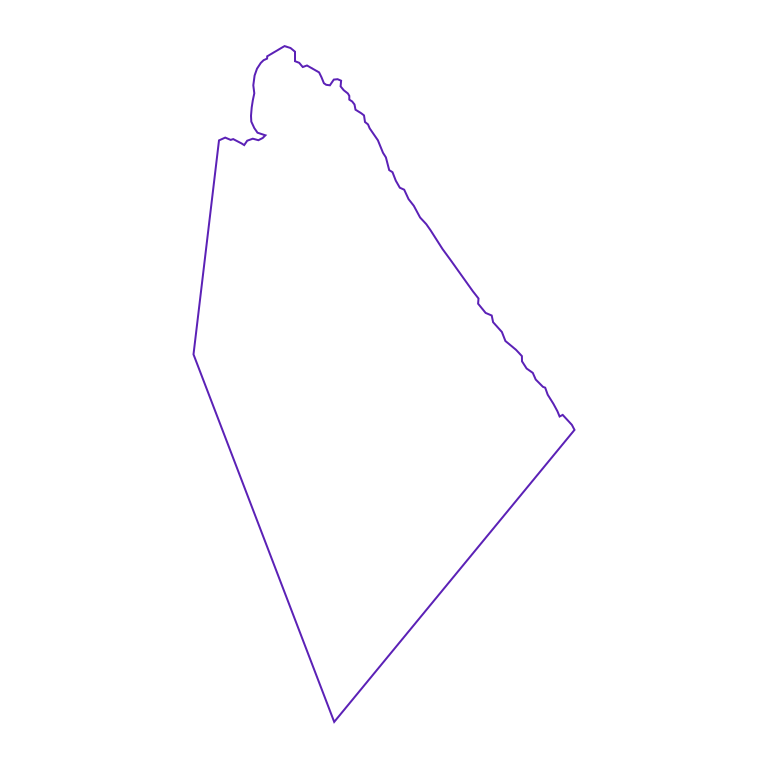 Ngeburch, Melekeok, Palau (Equal Earth projection)
{"feature_id": "81905179B7917113976902", "entity_name": "Ngeburch", "entity_type": "district", "adm_level": 2, "iso_a3": "PLW", "parent_name": "Palau", "parent_adm1": "Melekeok", "projection": "equal_earth", "projection_center": [134.624, 7.51], "detail": "fine", "context": "isolated", "style": "outline", "palette": "violet", "viewbox_px": 768, "rotation_deg": 0, "n_neighbors": 0, "source": "geoboundaries", "source_scale": "gbopen_adm2", "svg_char_len": 1239}
<svg xmlns="http://www.w3.org/2000/svg" viewBox="0 0 768 768"><path d="M574.5,429.9L571.9,424.9L562.7,414.9L559.6,416.5L557.4,411.2L553.4,403.8L547.7,394.7L545.2,387.7L542.9,386.8L535.7,379.5L532.8,372.9L526.6,368.5L522.0,361.3L521.9,356.1L516.0,349.8L505.4,341.0L501.9,332.0L493.1,322.2L491.7,315.5L485.6,312.9L478.1,303.7L478.5,298.5L472.8,291.2L449.9,259.1L442.5,249.0L430.5,230.2L426.3,224.2L420.1,217.5L413.8,205.8L408.6,199.2L404.2,189.7L399.8,187.7L395.8,180.7L392.5,172.2L389.2,170.1L385.9,157.4L383.0,152.8L377.9,140.3L369.7,128.4L368.0,124.4L365.0,122.0L364.0,115.4L361.3,113.3L355.5,109.7L354.5,104.5L352.2,101.5L349.3,99.6L349.3,95.9L347.9,93.5L343.7,90.2L340.6,86.4L341.1,80.7L337.6,79.2L333.8,79.6L329.9,85.3L326.2,84.8L323.9,83.2L321.5,77.3L319.1,72.4L307.0,65.5L302.7,67.0L299.2,62.8L295.0,61.2L295.0,51.7L290.5,48.0L284.5,46.1L267.2,56.3L267.1,58.6L263.6,60.2L260.8,62.9L257.0,68.7L254.6,75.5L253.3,85.3L254.3,93.3L252.8,100.4L251.7,107.5L251.0,115.8L251.3,121.6L254.3,128.1L257.5,132.7L261.1,133.9L265.4,135.3L262.7,138.0L258.4,140.2L252.8,138.7L247.2,140.7L244.2,145.1L241.5,143.4L233.2,139.1L230.7,139.9L225.2,137.6L219.0,140.4L193.5,354.4L334.2,721.9L574.5,429.9Z" fill="none" stroke="#5b21b6" stroke-width="2"/></svg>